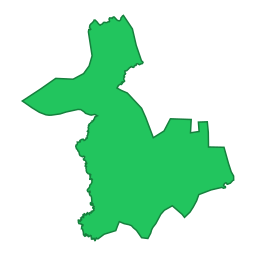 Kalgo, Kebbi, Nigeria (Robinson projection)
{"feature_id": "59680162B5199404243189", "entity_name": "Kalgo", "entity_type": "district", "adm_level": 2, "iso_a3": "NGA", "parent_name": "Nigeria", "parent_adm1": "Kebbi", "projection": "robinson", "projection_center": [4.022, 12.386], "detail": "fine", "context": "isolated", "style": "filled", "palette": "green", "viewbox_px": 256, "rotation_deg": 0, "n_neighbors": 0, "source": "geoboundaries", "source_scale": "gbopen_adm2", "svg_char_len": 5648}
<svg xmlns="http://www.w3.org/2000/svg" viewBox="0 0 256 256"><path d="M184.5,217.4L190.0,212.1L193.2,207.1L196.6,200.8L198.8,194.6L211.1,189.9L221.8,187.4L223.5,188.2L225.4,187.7L225.5,187.3L225.4,186.6L225.1,186.4L224.3,186.2L223.6,185.6L223.5,185.1L224.5,183.7L225.5,182.9L226.5,183.0L227.0,184.2L227.7,184.3L228.5,183.8L230.3,183.2L232.8,180.5L233.7,180.1L233.6,176.0L231.2,171.8L228.5,163.5L224.0,147.3L208.5,147.0L208.3,132.4L207.3,121.8L198.4,122.1L199.1,131.5L190.5,132.8L191.2,119.5L170.4,118.8L164.0,131.0L153.3,137.7L145.6,117.3L141.6,108.3L127.3,93.0L121.5,90.5L117.0,88.1L117.3,87.3L117.7,87.0L117.7,86.3L118.3,86.0L118.4,85.4L119.6,84.7L120.3,84.1L120.4,84.3L121.3,84.5L122.4,83.4L122.1,82.5L121.8,82.3L122.2,81.9L122.8,81.8L123.3,82.2L124.0,81.7L124.6,81.1L124.3,80.3L123.9,79.8L123.7,79.3L123.8,78.1L124.1,77.4L124.6,76.9L123.9,76.2L124.5,74.8L124.8,74.4L125.3,74.2L125.6,73.6L125.0,72.8L125.0,72.2L124.8,71.1L125.3,70.8L125.8,70.9L126.8,70.6L129.0,68.5L129.5,67.7L130.6,67.3L130.8,66.8L131.3,66.5L131.8,66.6L132.3,67.2L133.3,67.4L133.8,67.3L134.2,66.2L134.5,65.7L135.0,65.4L135.7,65.6L136.3,65.0L136.4,64.0L137.2,63.7L138.0,63.9L139.2,64.6L139.6,64.7L140.6,64.0L142.3,63.6L143.0,62.6L142.7,62.1L142.6,61.6L142.2,61.6L141.4,60.6L136.2,45.3L132.4,28.9L123.4,15.4L122.6,15.9L122.1,16.5L121.6,17.3L121.1,17.7L120.6,19.9L119.9,20.5L119.2,20.9L117.5,20.4L116.8,19.8L114.8,17.6L114.0,16.9L113.1,17.1L112.2,18.3L111.4,17.9L110.3,18.0L109.6,17.9L109.0,19.1L109.3,19.6L109.3,20.3L109.6,21.1L109.4,21.7L107.9,21.9L107.0,22.5L105.9,22.6L104.8,22.3L103.4,22.5L102.9,23.4L102.1,24.1L100.8,24.6L100.3,25.2L99.7,25.0L99.1,24.4L98.1,23.4L97.4,22.3L95.2,20.1L94.1,20.1L93.7,21.2L91.9,23.1L90.9,23.9L89.9,25.2L89.5,27.4L90.8,29.2L90.2,29.7L89.5,29.5L88.8,29.5L88.4,31.8L92.1,55.8L89.1,66.0L83.6,73.6L73.1,79.2L55.7,78.4L40.6,89.0L22.3,101.0L31.9,107.7L39.4,112.3L45.9,114.8L49.1,115.2L51.6,115.1L60.1,113.9L66.1,112.0L78.0,109.4L80.9,109.6L84.2,111.9L85.5,113.3L89.8,114.8L91.3,115.1L94.8,114.4L97.3,115.8L96.2,116.2L95.8,116.8L95.3,116.7L94.9,116.9L94.4,118.4L94.4,119.0L93.9,119.2L93.6,119.8L93.5,120.6L93.1,120.9L92.1,120.9L91.9,122.1L91.1,122.3L90.2,123.5L89.4,123.9L88.9,124.5L89.1,125.4L88.6,125.4L88.4,125.8L88.6,126.2L88.5,126.8L88.1,127.9L88.6,128.4L88.6,128.9L88.3,129.6L88.4,130.5L87.5,131.0L87.3,131.4L87.6,131.7L88.5,131.8L88.6,132.5L88.1,133.0L87.8,134.0L87.9,134.9L87.4,135.3L87.1,135.7L87.3,138.1L86.8,138.4L86.4,138.0L86.0,138.2L86.0,138.9L85.4,139.8L84.1,140.5L83.6,139.4L83.0,139.1L82.5,139.5L81.4,139.5L80.9,139.9L79.9,140.5L80.3,141.4L80.1,141.9L79.0,141.9L78.4,142.3L77.3,142.1L77.4,143.0L77.1,144.7L76.1,145.0L75.9,145.8L75.8,146.7L76.3,147.8L76.4,148.7L77.4,149.5L77.9,150.9L78.7,151.5L79.0,152.4L79.5,154.6L80.1,155.6L82.4,156.8L82.9,156.7L83.2,156.2L84.0,156.3L84.6,156.7L84.5,157.7L84.0,158.6L83.4,159.0L83.7,159.9L84.3,160.2L84.9,160.1L85.4,160.6L86.5,162.6L86.7,163.4L86.1,163.4L85.6,163.2L85.3,163.6L85.5,164.2L86.0,164.6L85.3,165.6L85.2,166.1L86.0,166.3L86.5,166.7L85.9,167.8L86.1,168.9L86.4,169.8L86.2,170.7L86.9,172.5L87.5,172.8L88.0,173.6L88.8,173.9L90.2,174.2L90.7,174.5L90.6,175.1L89.9,175.2L90.0,175.9L90.4,175.8L90.4,176.6L90.0,177.1L90.3,177.6L90.4,178.2L89.8,178.7L89.8,179.2L90.3,179.1L90.7,179.3L90.8,178.8L91.1,178.6L92.0,179.1L92.3,179.5L91.9,180.1L91.9,182.3L91.4,183.3L90.9,184.2L89.9,185.0L89.5,187.3L87.5,189.5L87.3,190.4L87.7,191.4L88.2,191.9L88.7,192.0L89.2,191.9L89.3,191.4L89.9,191.2L90.1,191.9L90.1,192.5L89.5,193.1L89.3,193.8L90.0,194.9L90.0,195.5L91.0,195.9L91.5,197.2L91.9,201.8L91.7,202.2L91.0,202.5L90.4,203.2L90.4,204.0L90.7,204.7L91.2,205.1L91.4,204.7L91.0,203.6L91.8,204.0L92.7,203.5L93.0,204.0L93.0,204.4L92.4,204.4L92.2,204.8L93.1,205.8L94.1,206.5L94.1,206.8L93.6,207.6L93.2,207.4L92.8,207.4L92.8,208.0L93.1,208.3L94.0,208.6L93.7,209.3L93.9,209.8L93.9,210.4L93.6,210.6L93.2,210.6L92.6,211.4L92.2,211.1L91.6,211.3L91.9,211.9L91.1,212.1L91.1,212.7L90.6,212.5L90.1,213.2L89.7,213.3L89.6,212.8L89.4,212.9L89.4,214.3L89.0,214.0L88.2,213.5L87.8,213.0L87.5,212.8L87.3,213.8L87.2,213.9L86.6,213.6L86.5,213.8L86.6,214.5L86.1,214.7L86.0,215.0L85.8,215.0L85.4,214.6L84.7,214.7L84.8,214.1L84.7,213.9L84.3,213.7L84.0,214.3L83.9,214.9L83.4,214.5L83.1,214.6L83.2,215.2L83.5,215.7L83.1,215.9L83.1,216.1L83.6,216.3L83.6,217.6L83.3,217.6L82.8,217.3L82.8,216.4L82.7,216.3L82.4,216.9L81.6,217.2L81.4,217.7L81.5,218.2L81.3,218.3L81.0,217.9L80.8,218.0L81.4,219.0L81.6,219.8L81.2,220.2L80.7,219.9L80.6,220.5L80.4,220.6L80.4,221.2L80.3,221.4L79.9,221.2L79.7,220.2L79.1,220.2L78.6,220.0L78.2,220.2L78.5,221.2L78.3,221.9L78.9,223.6L80.2,223.8L80.8,223.6L81.1,223.8L81.1,224.2L81.4,224.5L81.8,224.7L82.3,224.5L82.8,224.7L83.0,225.0L82.7,225.9L82.0,226.0L81.8,226.3L81.5,228.7L81.9,228.6L82.6,229.2L82.9,230.7L83.3,231.9L83.5,234.8L84.1,235.4L84.4,235.9L84.9,236.3L85.3,236.1L85.3,235.8L85.4,235.4L85.1,234.7L85.2,234.2L85.6,233.9L86.0,233.9L86.3,234.4L86.2,235.3L86.3,235.5L86.6,235.6L87.5,234.9L87.9,235.0L88.0,235.4L87.9,236.0L88.1,236.4L88.3,236.6L88.8,236.7L90.3,235.4L90.5,235.5L90.4,235.9L91.2,236.0L91.1,236.9L91.4,238.1L91.4,239.0L91.6,239.1L92.0,238.4L92.5,238.3L92.7,238.5L92.6,239.1L92.9,239.1L93.2,238.9L93.5,238.5L94.1,238.4L94.3,238.8L94.3,239.4L94.9,240.6L95.2,240.5L95.0,239.9L94.8,239.8L94.9,239.5L95.4,239.3L95.7,239.4L95.9,239.1L96.1,238.2L96.4,238.0L96.7,238.2L96.9,238.6L97.3,238.6L97.9,238.9L104.2,234.2L115.8,230.6L117.6,225.7L119.3,221.6L124.0,223.6L129.0,224.7L131.5,225.7L133.4,227.8L136.5,230.4L141.6,237.7L147.9,238.5L150.7,233.1L151.6,229.9L152.8,227.5L155.8,223.6L160.7,214.4L164.4,210.2L172.3,205.8L182.1,214.3L184.5,217.4Z" fill="#22c55e" stroke="#15803d" stroke-width="1.5"/></svg>